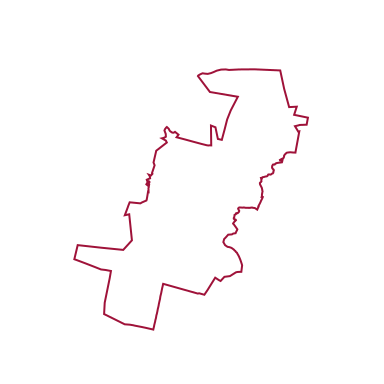 Yajalón, Chiapas, Mexico, rotated 147°
{"feature_id": "50627088B12149275073321", "entity_name": "Yajalón", "entity_type": "district", "adm_level": 2, "iso_a3": "MEX", "parent_name": "Mexico", "parent_adm1": "Chiapas", "projection": "orthographic", "projection_center": [-92.339, 17.178], "detail": "fine", "context": "isolated", "style": "outline", "palette": "rose", "viewbox_px": 384, "rotation_deg": 147, "n_neighbors": 0, "source": "geoboundaries", "source_scale": "gbopen_adm2", "svg_char_len": 5825}
<svg xmlns="http://www.w3.org/2000/svg" viewBox="0 0 384 384"><g transform="rotate(147 192 192)"><path d="M332.2,137.5L326.5,127.9L320.5,117.7L316.3,114.5L314.7,113.0L314.0,112.4L312.8,111.1L307.7,106.2L305.8,104.3L305.6,104.1L304.7,103.2L301.7,100.1L301.1,99.5L299.4,97.7L298.7,98.4L296.8,100.2L296.3,100.8L293.3,103.6L292.6,104.4L290.9,105.9L289.0,108.0L288.4,108.5L287.8,109.0L286.1,110.7L284.2,112.7L283.0,113.8L281.7,115.1L280.9,116.0L279.2,117.7L277.0,119.8L276.0,121.0L275.5,121.5L275.3,121.8L274.8,122.2L274.4,122.6L273.1,123.8L269.2,127.8L268.1,128.8L267.1,129.8L266.7,130.3L266.2,130.7L242.4,103.6L241.2,103.2L237.6,99.1L232.4,101.3L219.2,107.5L217.3,103.2L216.5,101.8L211.0,103.2L206.0,100.8L198.9,100.7L197.5,100.2L195.9,99.3L194.1,98.2L189.9,103.2L189.5,104.5L188.8,107.1L188.3,109.2L187.7,112.6L187.7,113.0L187.6,113.8L187.6,114.6L187.5,115.9L187.4,116.6L187.6,117.2L187.8,117.8L187.8,119.0L188.2,119.9L188.2,120.7L189.1,123.1L189.4,123.7L189.8,124.3L190.7,125.4L192.1,126.7L193.2,129.4L193.0,132.9L190.7,135.0L188.5,135.5L187.0,135.9L184.9,136.5L181.6,134.7L180.1,134.7L177.9,133.7L176.9,134.4L176.4,134.7L175.9,135.0L175.3,135.3L175.1,135.4L174.6,135.8L174.3,136.0L174.4,139.2L174.5,140.5L174.5,141.6L174.7,142.5L174.7,143.2L174.3,143.4L173.9,143.5L173.7,143.6L173.3,143.7L173.1,143.8L172.9,143.9L172.6,144.0L172.1,144.1L171.6,144.1L171.2,144.3L170.9,144.4L170.7,144.4L170.7,144.5L170.4,144.9L170.5,145.2L170.7,145.3L171.1,145.7L171.4,145.9L171.4,146.0L171.4,146.5L171.5,146.9L171.4,147.0L171.1,147.3L170.9,147.6L170.6,147.6L170.5,147.8L170.4,147.9L170.0,148.2L169.2,149.1L168.9,149.4L168.8,149.6L168.5,149.6L168.0,149.5L167.4,149.5L167.1,149.9L166.9,150.1L166.6,150.0L166.1,150.0L165.9,149.9L165.6,149.8L165.6,149.5L165.2,149.4L164.7,149.5L164.3,149.6L163.9,149.6L163.5,149.8L163.2,150.0L162.7,150.4L162.6,150.6L162.6,150.9L162.6,151.2L162.6,151.6L162.5,152.1L162.5,152.6L162.4,152.9L162.0,153.1L161.9,153.2L161.4,153.3L161.2,153.3L160.8,153.3L160.6,153.2L157.9,151.2L157.5,151.0L156.9,150.8L156.7,150.5L156.3,150.2L155.8,149.7L155.6,149.5L155.2,149.3L153.3,148.0L153.1,147.8L152.7,147.7L152.4,147.4L152.1,147.1L151.3,146.9L150.8,146.7L150.5,146.4L150.0,146.2L149.4,145.4L148.9,145.1L148.6,144.8L148.1,144.4L147.6,143.4L146.9,141.7L144.1,143.5L144.2,143.8L143.8,144.1L142.3,144.9L141.4,145.4L140.4,146.0L140.1,146.2L139.6,146.5L139.1,146.9L137.2,148.0L136.4,148.5L135.4,149.2L136.0,149.9L136.2,150.0L135.5,150.6L134.9,151.5L134.4,152.2L133.8,152.7L133.6,153.0L133.3,153.3L132.6,154.0L132.4,154.2L132.3,154.9L132.0,155.3L131.7,156.1L131.5,156.7L131.2,157.4L130.8,161.2L130.7,161.5L130.5,161.9L130.4,162.2L130.2,162.4L130.1,162.6L129.8,162.7L129.6,162.8L129.3,162.8L128.8,162.8L128.5,162.9L128.2,163.1L127.9,163.2L127.6,163.9L127.3,164.4L126.3,165.1L126.7,165.6L126.5,166.2L125.5,165.7L125.2,165.9L124.9,166.0L124.6,165.9L124.2,165.7L123.8,165.5L122.7,165.2L122.4,165.1L122.0,165.0L121.2,164.6L120.7,164.4L120.4,164.4L120.1,164.4L119.7,164.5L119.3,164.7L119.0,164.9L118.6,165.1L118.3,165.0L117.8,164.8L117.3,164.3L116.6,163.8L115.9,163.7L115.4,163.8L114.9,163.8L114.3,163.7L114.1,163.6L113.5,163.8L113.1,164.2L112.8,164.4L112.7,164.6L112.5,164.8L112.4,165.1L112.1,165.2L111.8,165.4L111.6,165.6L111.4,166.0L111.4,166.5L111.6,166.8L111.6,167.0L111.6,167.4L111.7,167.6L111.7,168.0L111.7,168.4L111.5,169.0L111.4,169.1L111.2,169.2L111.1,169.4L110.9,169.7L110.9,169.8L110.7,170.0L110.4,170.3L110.1,170.4L109.8,170.6L109.5,170.7L109.2,170.9L108.8,170.8L108.2,170.3L108.1,170.2L107.9,170.1L107.6,170.0L106.8,170.3L106.5,170.3L106.3,170.3L106.0,170.3L105.8,170.3L105.6,170.1L105.1,170.1L103.5,169.4L102.3,168.8L101.7,168.5L100.4,167.9L99.6,168.6L98.9,169.3L100.1,169.8L100.4,170.4L101.6,171.0L100.9,171.0L99.2,170.9L98.2,170.8L97.2,170.6L96.7,170.7L96.6,170.8L96.1,171.1L95.9,171.2L95.7,171.4L95.6,171.5L95.3,171.8L95.2,172.1L94.7,172.5L94.4,172.6L94.1,172.7L93.8,172.8L93.2,173.0L92.6,173.1L92.3,173.1L91.8,173.3L91.0,173.3L89.7,172.7L87.9,171.8L85.9,170.2L83.8,168.7L82.9,169.7L73.8,179.3L69.0,184.4L70.0,184.7L69.9,187.2L69.8,191.1L66.7,190.0L65.0,189.5L62.9,188.2L60.5,186.8L59.2,186.0L54.3,191.2L64.3,201.1L57.7,206.5L64.3,210.3L58.5,228.4L51.8,245.9L72.7,260.8L85.7,269.1L94.5,274.2L96.9,276.4L100.9,278.8L105.2,280.3L108.5,280.8L111.4,281.4L114.5,282.5L116.9,284.4L118.5,285.8L120.9,286.2L123.0,286.3L123.6,286.2L123.9,286.0L122.5,266.1L101.7,246.9L115.1,239.3L123.0,233.7L130.8,226.5L138.6,219.5L141.4,222.4L137.1,233.5L139.9,237.4L150.5,220.6L151.9,221.6L152.8,222.0L154.0,223.0L158.0,227.3L163.3,233.2L169.1,239.7L175.1,246.3L172.1,247.4L173.5,251.7L175.0,251.7L175.7,252.1L176.5,253.0L176.7,253.7L177.1,254.5L177.3,255.3L177.3,256.0L177.1,257.6L177.1,257.8L177.7,260.2L178.5,260.1L179.1,259.9L179.6,259.7L180.0,259.6L180.4,259.4L180.7,259.2L180.9,259.1L181.6,258.6L182.4,255.0L183.8,252.6L184.8,252.6L186.2,252.8L186.9,253.0L188.0,253.4L185.9,249.3L186.2,247.2L199.5,246.1L208.2,237.7L208.8,234.8L215.3,229.6L215.3,228.8L217.4,228.2L218.8,230.0L218.8,228.2L219.7,226.3L220.7,226.5L223.1,226.9L223.1,226.6L223.3,226.5L223.5,226.3L223.6,225.9L223.6,225.6L223.3,225.4L223.1,225.3L223.0,225.1L222.9,224.9L222.7,224.8L222.5,224.7L222.3,224.5L222.2,223.5L223.6,222.7L224.3,224.2L226.1,223.3L225.5,221.3L223.3,222.2L225.4,220.0L225.5,219.7L226.0,219.3L226.2,219.2L226.3,219.1L226.4,218.9L226.6,218.7L226.8,218.4L226.9,218.1L227.1,217.8L227.2,217.6L227.4,217.4L227.6,217.0L228.4,215.7L228.7,216.2L232.6,211.9L233.3,211.2L233.7,210.7L234.0,210.5L234.1,210.3L234.9,209.7L236.6,210.0L239.6,210.5L241.5,210.6L247.5,215.4L249.9,217.3L253.4,214.8L253.6,214.6L255.2,213.4L261.0,209.1L256.8,207.5L268.7,184.2L281.2,180.9L298.2,194.5L316.8,209.7L327.3,199.7L325.7,197.6L320.1,190.0L314.4,182.1L310.5,176.6L307.0,173.7L303.0,169.9L308.1,164.4L325.5,146.7L332.2,137.5Z" fill="none" stroke="#9f1239" stroke-width="2"/></g></svg>